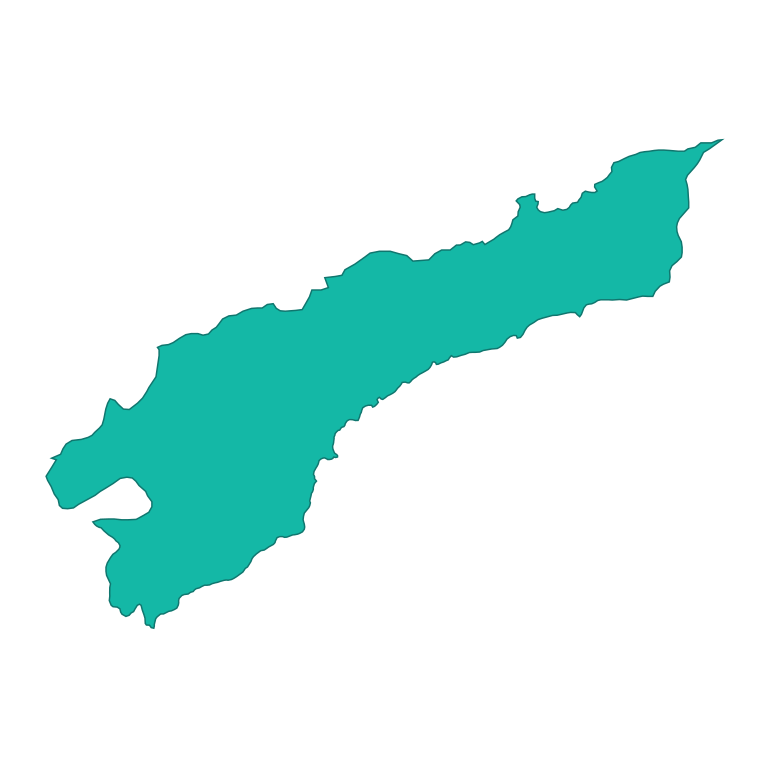 outline of Rizokarpaso, Cyprus
{"feature_id": "46923920B57718110047043", "entity_name": "Rizokarpaso", "entity_type": "district", "adm_level": 2, "iso_a3": "CYP", "parent_name": "Cyprus", "parent_adm1": "", "projection": "albers", "projection_center": [34.434, 35.609], "detail": "fine", "context": "isolated", "style": "filled", "palette": "teal", "viewbox_px": 768, "rotation_deg": 0, "n_neighbors": 0, "source": "geoboundaries", "source_scale": "gbopen_adm2", "svg_char_len": 6104}
<svg xmlns="http://www.w3.org/2000/svg" viewBox="0 0 768 768"><path d="M92.9,521.9L94.8,524.4L96.6,526.0L99.1,527.3L101.2,527.8L103.8,530.7L108.6,534.9L112.6,537.3L114.7,539.1L115.8,540.7L118.5,542.8L120.0,545.6L119.8,547.3L119.0,549.1L115.8,552.3L112.9,554.3L110.7,557.3L107.3,563.0L106.0,567.2L106.0,571.4L106.6,575.4L110.5,583.8L109.8,587.5L109.7,592.7L109.8,596.1L109.3,600.6L111.2,605.3L113.0,606.7L117.2,607.1L119.9,608.8L120.7,612.1L122.0,614.2L125.9,616.4L129.1,615.3L131.2,612.9L133.6,611.6L135.0,609.0L137.3,605.3L139.5,604.2L141.1,605.3L142.3,610.0L144.0,614.8L145.0,618.2L145.1,620.0L145.3,623.5L146.4,625.0L149.5,625.2L151.2,627.6L153.8,628.2L154.3,626.1L154.3,624.4L155.7,618.7L157.2,616.8L160.6,614.0L163.6,613.9L168.8,611.3L171.5,610.8L174.4,609.5L176.8,608.1L178.3,605.0L178.7,602.8L178.6,600.7L179.1,598.4L181.8,595.5L184.2,594.5L188.2,594.0L190.5,592.3L193.2,591.5L194.5,589.9L196.1,588.7L199.5,587.8L201.7,586.5L204.5,585.2L206.9,585.2L209.6,584.9L212.0,583.7L215.2,582.8L217.6,582.3L220.5,581.3L224.1,580.3L226.2,580.0L228.2,580.2L231.5,579.5L233.9,578.3L236.6,576.6L242.9,572.0L245.3,568.4L247.5,567.0L250.9,561.6L252.0,558.7L253.5,556.6L256.4,553.9L260.7,550.7L264.3,550.0L266.7,548.4L268.6,547.0L273.4,544.4L275.0,542.6L275.5,540.8L277.1,537.6L279.7,536.6L282.6,536.6L284.5,537.3L286.9,537.1L292.7,534.9L294.8,534.7L297.8,534.1L299.8,533.3L302.5,531.8L304.3,529.2L304.7,527.0L304.3,524.2L303.6,521.8L303.1,519.7L303.5,516.3L304.3,513.1L308.8,507.6L309.7,505.7L310.4,502.8L309.7,501.0L310.4,498.1L311.0,495.7L311.5,493.2L312.5,491.8L313.3,489.4L313.3,487.3L314.4,483.6L316.5,481.1L314.5,478.6L314.6,476.8L314.2,475.7L313.5,474.5L314.0,471.5L316.0,467.9L317.1,466.2L318.2,464.0L319.1,460.6L320.6,459.2L322.4,458.3L324.3,457.8L326.6,458.8L327.6,459.5L329.6,459.5L331.6,459.1L332.9,458.3L333.7,457.1L335.7,457.5L337.5,457.0L337.6,455.8L336.7,454.5L335.6,453.9L334.7,453.2L334.1,452.1L332.9,449.0L332.6,446.8L332.8,445.4L333.3,444.0L333.6,442.6L333.7,441.4L334.1,438.4L334.0,437.2L334.9,435.1L335.1,433.7L336.4,432.0L338.1,430.4L339.7,430.1L341.1,427.9L342.0,427.2L343.9,426.6L344.9,425.2L345.2,423.8L345.7,422.9L346.9,421.1L348.0,420.3L349.4,419.6L350.9,419.6L352.6,419.7L355.5,420.5L358.1,420.4L359.5,417.1L360.2,414.4L361.3,412.3L361.8,410.2L362.7,407.8L365.5,406.0L368.4,405.2L371.6,405.3L372.7,407.1L374.6,406.3L376.7,404.4L378.3,402.3L377.0,399.7L378.0,398.2L379.4,397.3L381.2,399.0L382.8,399.4L385.4,397.6L387.6,395.8L390.0,394.7L392.8,393.2L395.0,391.6L396.3,390.0L397.6,388.2L399.8,386.1L401.4,383.9L402.2,382.4L405.3,382.1L407.4,382.8L409.1,382.9L410.6,381.6L412.0,379.9L413.8,378.4L415.9,377.1L418.0,375.3L420.0,374.0L422.3,372.8L425.0,371.3L428.2,369.4L430.0,367.4L431.6,364.7L432.4,362.3L434.0,361.8L435.6,362.6L436.4,364.4L438.2,364.2L440.8,362.9L443.8,361.9L445.9,360.8L448.3,359.8L449.4,357.9L451.3,355.7L453.6,357.1L456.8,356.8L461.3,355.3L465.1,354.3L469.4,352.5L472.6,352.3L475.4,352.3L479.7,352.0L483.2,350.5L491.4,349.0L497.2,348.5L499.7,347.2L502.5,345.2L505.0,342.2L507.0,339.1L510.2,336.6L513.5,335.4L516.3,335.6L517.3,338.1L520.5,337.4L523.0,334.3L525.0,330.3L527.0,327.3L529.5,325.0L533.8,322.5L537.8,319.7L542.3,318.2L552.6,315.4L557.4,315.2L567.4,312.9L570.7,312.4L575.4,312.6L577.2,314.6L579.7,316.7L581.4,314.4L583.9,307.8L586.4,304.8L589.0,304.1L591.7,303.8L594.7,302.5L597.7,300.5L600.7,299.8L609.0,299.8L612.3,300.0L619.5,299.5L626.6,300.0L634.4,298.0L638.7,296.9L642.6,296.1L648.1,296.4L652.8,296.4L655.2,291.3L659.9,286.2L663.4,284.2L669.3,281.9L670.0,277.1L669.6,270.8L672.0,265.7L677.1,261.4L681.4,257.0L682.1,252.7L682.1,247.2L681.3,241.7L678.2,235.4L677.0,231.5L676.6,226.8L677.4,222.8L679.4,218.5L688.7,207.9L688.7,202.0L688.3,196.5L687.9,189.4L687.1,184.7L685.6,179.5L687.5,175.2L694.2,167.7L697.3,163.8L699.6,160.2L703.5,152.4L709.4,148.8L721.9,139.8L718.0,140.2L711.4,142.9L700.8,142.9L695.3,147.3L687.9,148.9L684.4,151.2L678.1,151.2L669.9,150.5L664.0,150.1L658.5,150.1L654.2,150.5L649.1,151.3L644.8,151.7L640.1,152.5L635.8,154.4L629.1,156.4L624.8,158.4L618.6,161.5L613.9,162.7L611.5,167.4L611.9,171.6L609.4,174.6L607.4,177.4L604.9,179.4L602.1,181.4L598.6,182.7L594.8,184.4L594.6,187.0L597.1,191.0L594.9,192.5L591.8,192.5L588.6,192.0L585.3,191.2L582.3,193.3L581.1,197.3L578.8,200.1L577.6,202.3L572.6,203.1L570.6,205.1L569.3,207.4L566.8,209.4L562.8,210.2L557.8,208.6L554.3,210.7L548.0,212.2L544.5,212.7L540.5,211.7L538.2,209.9L536.7,207.2L538.0,204.1L538.2,201.6L535.7,201.1L534.7,198.3L534.7,194.1L532.2,194.1L529.7,194.8L525.7,196.6L521.9,196.8L517.9,198.9L516.2,200.9L519.7,204.6L520.2,207.2L518.2,211.7L517.9,216.0L512.9,219.8L511.9,223.5L510.7,226.8L508.7,229.8L504.4,232.1L499.9,234.6L496.1,237.4L493.9,239.2L484.9,244.5L482.3,241.4L479.6,242.9L473.3,244.7L469.8,242.4L465.6,241.9L460.3,245.0L456.4,245.1L450.2,250.0L441.7,250.0L434.9,253.7L428.8,259.9L412.9,261.1L406.8,255.6L398.8,253.7L390.3,251.3L379.3,251.3L370.1,253.1L365.2,256.8L354.8,264.2L345.0,269.7L341.9,275.3L335.2,276.5L324.8,277.7L328.4,287.6L321.1,290.0L311.9,290.0L309.5,296.8L306.4,302.3L302.2,309.6L295.9,310.4L285.3,311.2L280.2,310.8L276.3,308.4L273.2,303.7L267.3,304.5L262.2,308.0L257.9,308.0L251.6,308.4L243.0,311.2L236.3,315.1L228.9,315.9L222.6,319.0L219.1,323.7L216.3,327.3L212.0,330.0L208.5,334.0L203.0,335.2L197.9,333.6L191.3,333.6L185.8,334.7L179.5,338.3L173.2,342.6L168.5,344.6L161.9,345.4L157.5,347.4L159.1,349.7L159.1,355.6L156.0,376.8L148.9,387.5L146.9,391.4L142.6,398.1L137.5,403.2L129.3,409.5L123.4,409.1L118.3,404.4L114.8,400.4L110.1,398.8L107.7,403.2L105.8,409.1L103.8,419.3L102.2,424.8L99.5,428.0L94.8,432.3L92.0,435.4L88.1,437.4L81.4,439.4L72.0,440.5L66.1,444.1L63.0,448.8L60.6,454.3L51.6,458.2L56.3,459.8L52.0,466.9L46.1,476.3L47.6,480.3L51.2,486.6L54.3,494.1L58.2,499.6L59.4,505.5L62.5,508.3L67.6,508.7L73.5,507.9L78.6,504.3L95.1,495.3L100.2,491.4L104.9,488.6L113.1,483.5L120.2,478.4L126.9,477.2L132.3,478.0L135.9,481.2L139.0,485.5L145.7,491.4L147.6,495.8L151.9,501.7L151.9,506.8L148.8,512.3L142.1,516.2L136.2,519.4L128.0,519.8L121.7,519.8L113.9,519.0L109.2,519.0L100.5,519.3L92.9,521.9Z" fill="#14b8a6" stroke="#0f766e" stroke-width="1.5"/></svg>